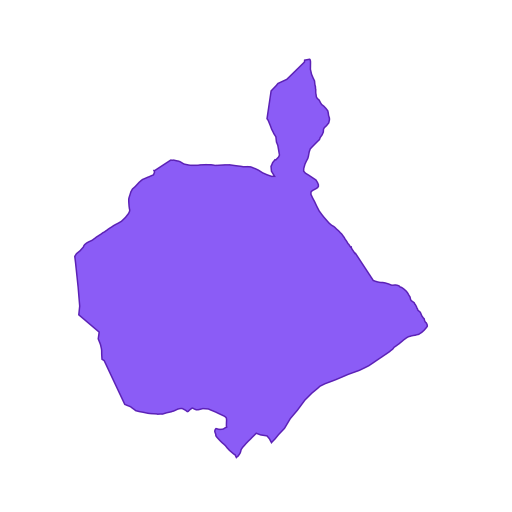 outline of Corinth, Gros Islet, Saint Lucia, rotated 278°
{"feature_id": "8701671B63390184751595", "entity_name": "Corinth", "entity_type": "district", "adm_level": 2, "iso_a3": "LCA", "parent_name": "Saint Lucia", "parent_adm1": "Gros Islet", "projection": "natural_earth1", "projection_center": [-60.96, 14.047], "detail": "fine", "context": "isolated", "style": "filled", "palette": "violet", "viewbox_px": 512, "rotation_deg": 278, "n_neighbors": 0, "source": "geoboundaries", "source_scale": "gbopen_adm2", "svg_char_len": 5998}
<svg xmlns="http://www.w3.org/2000/svg" viewBox="0 0 512 512"><g transform="rotate(278 256 256)"><path d="M173.1,88.7L158.8,111.3L152.0,111.3L147.3,114.0L146.0,114.6L142.5,115.9L141.0,116.3L139.1,116.6L137.7,116.8L135.6,117.2L132.3,117.9L131.3,120.2L90.8,146.7L90.4,148.3L90.2,148.9L89.5,152.0L89.1,153.1L88.5,154.1L86.9,157.1L86.1,158.4L85.7,162.0L85.6,164.7L85.6,165.3L85.2,171.2L85.3,173.9L85.8,179.5L85.7,180.2L85.7,180.7L86.0,182.2L86.2,183.0L86.5,185.5L87.4,187.4L88.3,189.3L90.0,193.9L90.5,194.7L90.8,195.6L91.5,196.8L91.7,197.1L93.6,200.0L93.7,200.4L94.0,201.0L94.4,202.3L94.7,203.9L94.6,204.5L94.2,205.6L94.0,206.2L93.4,207.8L92.4,209.5L92.4,210.0L92.6,210.3L92.9,210.7L93.3,210.9L94.6,211.9L94.8,212.1L95.7,213.1L96.2,213.5L96.5,214.0L96.5,214.6L95.8,216.5L95.7,217.2L95.4,218.1L95.5,219.1L95.7,219.8L95.8,220.5L97.5,224.6L97.9,230.1L97.1,232.9L96.7,234.6L95.8,238.0L95.0,240.4L93.1,246.6L92.8,247.3L92.5,247.9L92.1,248.5L91.6,249.1L90.7,249.4L89.5,249.7L87.3,249.9L83.9,250.3L83.1,250.5L82.5,250.8L82.0,250.1L81.5,249.3L81.1,248.8L80.4,248.1L79.9,247.2L79.7,246.4L79.4,245.2L79.3,244.4L79.2,243.2L79.3,242.3L79.5,241.1L79.5,240.4L78.9,240.0L77.8,239.6L76.6,239.6L75.6,240.0L74.5,240.6L73.7,241.0L73.0,241.1L72.1,241.5L71.2,242.4L70.5,243.2L69.0,245.0L67.5,246.9L66.7,248.0L66.0,249.0L65.3,250.2L64.9,250.7L64.5,251.3L64.1,251.9L63.2,252.9L62.6,253.5L62.0,254.1L61.3,255.0L60.2,256.3L59.3,257.6L57.0,261.2L56.4,262.3L56.3,262.9L53.7,264.6L54.5,265.2L55.2,266.0L57.1,267.0L58.9,267.8L60.9,268.1L62.2,268.2L63.7,268.9L65.0,269.6L67.0,271.0L68.9,272.2L71.4,274.0L74.2,276.2L75.9,277.4L78.1,279.1L80.5,280.9L79.5,285.5L79.4,291.9L76.9,294.7L73.3,297.3L74.1,297.8L77.5,300.3L82.3,303.2L89.3,308.2L99.8,312.6L109.1,318.5L120.2,324.5L128.0,330.4L131.2,333.3L133.7,335.6L136.0,337.5L139.2,342.2L144.7,352.3L151.6,363.7L157.3,374.5L163.0,382.9L179.9,401.6L181.0,402.5L181.8,403.3L182.8,404.3L184.9,405.5L186.5,407.3L188.2,409.0L189.0,409.9L189.9,410.7L192.2,412.8L193.4,413.8L195.2,415.7L195.9,416.4L196.4,417.0L196.9,417.7L197.4,418.4L198.0,420.0L198.5,420.9L199.3,423.2L199.7,424.7L200.1,425.5L200.8,427.2L201.0,428.0L202.0,429.0L202.7,429.9L203.6,430.9L205.4,432.4L206.3,433.1L207.3,433.7L208.2,434.3L209.4,435.0L210.2,435.4L210.9,435.3L211.6,435.1L212.2,434.8L213.5,433.9L214.0,433.0L215.2,432.1L216.0,431.7L217.2,431.3L217.5,430.9L218.0,430.2L218.9,429.4L219.7,428.6L221.7,427.4L222.7,426.8L223.4,426.2L224.4,424.6L224.8,423.9L226.2,423.2L226.8,422.6L228.2,421.9L230.2,420.4L230.6,419.8L231.7,419.2L233.0,416.8L233.3,416.1L233.7,415.7L234.5,415.1L236.9,414.2L237.7,413.5L238.7,412.6L239.5,412.1L240.6,411.2L241.5,410.3L242.3,409.4L244.0,406.8L244.9,405.0L245.2,404.4L245.3,403.1L246.2,402.0L246.4,401.3L246.6,400.3L246.7,399.6L246.7,398.8L246.7,397.8L246.4,396.7L246.1,395.5L246.0,394.3L246.3,393.0L246.6,391.9L246.8,391.0L247.3,387.6L247.4,385.1L247.2,383.9L247.1,382.1L247.2,380.8L247.3,379.5L247.5,378.5L247.6,377.5L247.9,376.5L248.0,375.6L272.5,354.1L272.2,353.7L276.3,350.0L277.8,349.1L278.2,349.0L277.9,348.5L279.2,347.3L279.8,346.8L280.3,346.4L280.8,345.7L281.6,344.9L282.5,344.3L283.4,343.5L283.9,343.1L284.8,342.1L285.6,341.5L286.6,340.8L287.7,339.7L289.5,338.0L290.1,337.3L290.7,336.3L291.6,335.3L292.4,334.3L293.8,332.1L294.4,331.3L295.2,330.3L296.1,328.8L297.0,326.5L297.4,325.9L298.8,323.7L303.9,317.8L306.4,315.2L309.5,312.2L313.9,309.1L317.9,306.5L321.3,304.0L324.7,301.8L326.4,301.6L327.5,301.7L329.0,303.2L331.0,306.0L332.3,307.5L333.7,308.1L335.4,307.8L337.4,306.6L339.6,304.8L343.3,297.1L344.9,293.4L346.6,291.4L349.3,291.1L353.8,291.7L356.8,292.6L359.8,293.7L362.0,294.0L366.5,294.2L369.6,294.8L372.0,296.5L375.1,298.8L377.9,300.9L380.1,302.6L382.3,303.1L385.2,304.6L388.1,305.4L390.9,305.2L392.6,305.8L394.9,307.7L396.6,308.7L397.9,309.5L401.1,309.8L402.8,309.5L405.3,308.3L407.5,307.7L409.7,306.9L411.8,304.8L413.8,302.3L415.1,300.0L416.4,298.8L419.2,296.8L420.5,294.8L422.0,293.6L423.9,293.1L425.6,292.5L427.5,292.2L429.1,292.0L430.2,291.6L431.9,291.3L433.8,290.5L436.2,289.9L437.5,289.6L440.5,287.6L443.7,285.7L448.4,283.9L454.8,283.1L456.6,282.8L458.1,282.1L458.3,281.7L456.7,276.9L454.8,277.0L435.2,261.9L429.9,253.7L427.7,252.4L421.6,248.0L393.5,247.8L392.0,249.2L387.2,252.0L383.8,253.8L380.7,256.0L379.7,256.6L376.8,259.1L371.7,260.4L368.6,262.2L359.2,265.2L357.0,264.5L353.9,262.2L354.0,261.4L352.6,260.6L350.8,259.5L348.3,258.9L346.9,258.4L343.8,259.1L342.1,259.5L340.4,260.9L337.5,263.3L337.0,260.2L337.2,259.5L338.0,255.5L339.3,250.9L341.3,246.6L342.4,243.1L342.7,241.6L343.3,239.4L343.5,238.1L343.3,235.4L342.6,231.3L342.7,228.6L342.6,223.8L342.6,217.2L341.9,212.5L340.5,205.7L340.2,204.0L340.0,202.6L340.1,201.0L340.1,199.0L339.8,196.5L339.4,193.4L338.9,190.6L338.4,187.9L337.9,186.4L337.7,185.4L337.6,185.0L337.0,180.7L336.7,178.3L336.7,176.6L336.8,175.5L337.0,172.2L337.5,170.7L338.1,169.4L338.9,167.4L339.2,165.7L339.2,164.6L339.5,161.1L339.2,160.0L339.1,158.2L326.5,143.8L326.4,143.1L325.4,143.7L324.7,143.8L322.1,143.2L321.2,141.7L320.3,140.2L319.6,139.2L319.2,138.3L316.5,133.9L316.0,133.0L314.4,131.4L315.6,132.6L312.8,130.1L311.2,129.0L307.9,126.7L305.2,124.4L304.8,124.2L302.2,123.2L301.9,123.1L301.6,123.1L299.8,122.8L299.1,122.7L298.6,122.6L298.1,122.5L295.6,122.1L294.3,122.1L291.8,122.5L287.6,123.4L286.2,123.8L285.1,124.1L284.5,124.4L283.6,124.6L282.9,124.6L281.6,124.3L280.2,123.8L276.1,121.4L271.6,117.9L269.8,115.6L269.4,115.1L268.9,114.4L268.5,113.8L267.8,112.8L266.9,111.6L266.3,110.8L265.2,109.6L264.8,109.2L264.2,108.5L263.5,107.6L262.9,106.9L262.7,106.7L261.5,105.4L260.5,104.5L259.9,103.7L259.7,103.5L259.1,103.0L258.6,102.4L258.1,101.7L257.9,101.3L257.6,101.0L256.7,100.1L256.0,99.4L255.5,98.8L255.1,98.3L254.4,97.5L254.1,97.2L253.8,96.8L252.8,95.6L251.9,94.7L251.3,94.2L250.7,93.5L248.8,91.6L248.3,90.8L247.6,89.8L247.1,88.9L245.5,86.7L243.7,85.0L242.8,84.4L242.1,84.1L240.8,83.8L237.4,81.5L237.1,81.4L233.3,77.9L230.4,76.6L224.0,78.3L200.4,84.2L181.8,88.4L173.1,88.7Z" fill="#8b5cf6" stroke="#5b21b6" stroke-width="1.5"/></g></svg>